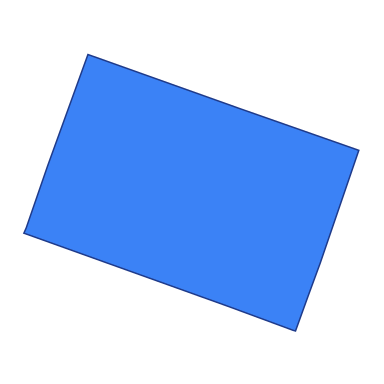 the district of Huntington, Indiana, United States of America, rotated 110°
{"feature_id": "52423323B21091538173967", "entity_name": "Huntington", "entity_type": "district", "adm_level": 2, "iso_a3": "USA", "parent_name": "United States of America", "parent_adm1": "Indiana", "projection": "albers", "projection_center": [-85.437, 40.829], "detail": "fine", "context": "isolated", "style": "filled", "palette": "blue", "viewbox_px": 384, "rotation_deg": 110, "n_neighbors": 0, "source": "geoboundaries", "source_scale": "gbopen_adm2", "svg_char_len": 307}
<svg xmlns="http://www.w3.org/2000/svg" viewBox="0 0 384 384"><g transform="rotate(110 192 192)"><path d="M287.1,119.7L287.4,49.8L287.2,47.2L251.0,47.3L214.9,47.2L95.8,49.5L97.3,176.0L98.4,336.8L216.9,336.6L282.4,335.5L288.2,335.9L287.1,119.7Z" fill="#3b82f6" stroke="#1e3a8a" stroke-width="1.5"/></g></svg>